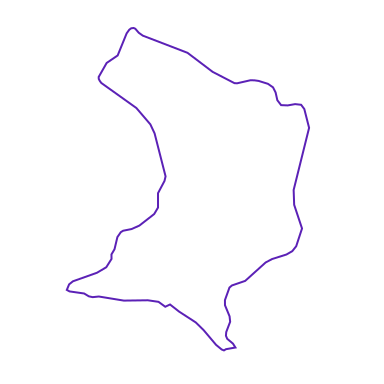 an SVG outline of Medio Campidano, rotated 282°
{"feature_id": "ITA-5372", "entity_name": "Medio Campidano", "entity_type": "Province", "adm_level": 1, "iso_a3": "ITA", "parent_name": "Italy", "parent_adm1": "", "projection": "orthographic", "projection_center": [8.697, 39.58], "detail": "fine", "context": "isolated", "style": "outline", "palette": "violet", "viewbox_px": 384, "rotation_deg": 282, "n_neighbors": 0, "source": "natural_earth", "source_scale": "10m", "svg_char_len": 1190}
<svg xmlns="http://www.w3.org/2000/svg" viewBox="0 0 384 384"><g transform="rotate(282 192 192)"><path d="M48.9,266.8L45.3,257.9L43.7,256.2L44.1,253.8L47.5,247.3L59.3,232.1L65.2,222.8L72.3,204.3L77.4,193.9L74.2,189.7L77.6,182.1L76.9,171.3L71.6,147.9L70.4,122.6L68.5,116.7L68.5,112.8L70.3,107.6L69.3,92.9L70.2,89.9L76.1,91.0L79.9,94.1L93.3,115.9L100.6,123.8L109.8,127.2L114.2,126.2L119.9,128.1L132.4,128.4L137.9,130.7L139.8,132.7L143.2,140.6L148.2,147.5L162.6,159.6L169.7,162.0L183.8,159.0L197.1,162.8L201.8,162.9L241.6,143.2L249.5,137.2L262.6,120.1L279.8,80.6L281.5,78.7L283.2,77.3L285.1,76.8L300.5,81.7L310.1,90.9L333.6,95.1L337.7,96.9L339.5,98.5L340.3,100.8L339.9,102.6L336.7,106.8L334.7,111.4L327.2,158.7L313.8,187.2L307.3,210.9L307.7,213.5L313.4,225.8L314.2,229.7L314.5,234.1L313.6,243.8L311.2,249.5L306.7,253.1L299.5,256.4L295.5,261.1L296.6,267.6L299.4,274.6L300.0,280.6L296.5,284.6L279.1,293.2L215.1,291.0L200.7,294.6L179.2,307.2L160.6,305.2L155.0,302.4L150.5,297.4L143.1,284.3L138.4,278.7L116.1,262.5L108.9,250.5L106.3,248.5L93.1,246.7L88.1,247.8L78.2,254.6L73.0,256.3L62.1,254.6L58.4,255.1L55.7,257.0L52.2,263.6L48.9,266.8Z" fill="none" stroke="#5b21b6" stroke-width="2"/></g></svg>